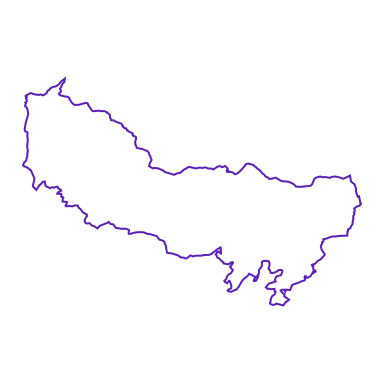 Fildu De Jos, Salaj, Romania
{"feature_id": "2599482B97947706093461", "entity_name": "Fildu De Jos", "entity_type": "district", "adm_level": 2, "iso_a3": "ROU", "parent_name": "Romania", "parent_adm1": "Salaj", "projection": "robinson", "projection_center": [22.992, 46.932], "detail": "fine", "context": "isolated", "style": "outline", "palette": "violet", "viewbox_px": 384, "rotation_deg": 0, "n_neighbors": 0, "source": "geoboundaries", "source_scale": "gbopen_adm2", "svg_char_len": 5956}
<svg xmlns="http://www.w3.org/2000/svg" viewBox="0 0 384 384"><path d="M324.7,254.3L321.6,249.6L320.8,246.0L322.2,243.5L322.0,242.7L322.3,242.0L323.4,241.4L323.5,240.3L323.3,239.2L326.5,238.6L330.3,237.0L333.7,236.4L334.6,236.6L339.4,235.9L347.3,235.6L347.3,233.3L347.7,232.0L347.5,231.6L348.2,230.2L348.1,229.4L350.3,228.2L351.2,226.1L352.7,223.9L352.5,222.5L352.9,221.8L352.7,221.2L352.9,219.9L353.5,218.7L353.2,217.9L353.4,217.2L353.2,216.2L354.4,213.7L353.9,212.5L354.3,212.2L354.8,210.2L354.2,208.5L356.9,206.5L359.8,205.5L360.7,204.3L360.5,204.1L361.0,203.8L360.2,202.1L359.0,196.3L357.7,196.7L356.5,193.1L356.0,191.6L356.1,189.7L355.9,188.2L354.6,184.4L351.0,181.5L350.0,175.6L343.3,178.8L339.4,177.4L335.0,176.5L331.9,176.9L329.9,177.8L324.9,177.0L323.0,177.3L320.7,176.6L319.2,176.7L316.1,177.6L314.3,179.0L312.1,184.3L310.5,185.8L301.1,186.8L296.9,186.7L295.8,186.5L295.3,185.6L293.1,183.8L288.8,181.8L281.4,181.1L276.0,177.8L275.2,177.7L271.3,178.9L269.1,178.9L268.4,177.9L265.2,176.2L264.4,174.9L262.2,173.2L259.7,170.2L256.6,168.0L256.1,167.2L254.7,166.5L253.3,165.0L248.6,163.6L246.8,163.8L245.7,164.3L244.8,166.1L239.7,171.6L236.8,173.8L235.2,174.3L234.5,174.0L233.1,172.6L230.6,171.8L227.9,172.0L227.0,171.7L226.8,171.0L227.8,170.5L227.1,170.0L227.8,169.1L227.7,168.5L225.2,166.0L222.2,167.2L220.8,166.4L219.1,166.1L216.8,167.1L213.4,169.5L211.9,168.7L207.8,168.4L206.5,167.7L204.5,167.4L202.5,168.0L199.9,167.6L195.5,168.4L189.3,166.9L188.8,167.3L187.4,167.4L185.9,168.8L184.3,169.3L180.2,172.8L177.2,173.3L174.1,174.8L164.7,171.9L163.2,170.5L158.2,168.4L154.5,167.9L152.8,168.4L149.1,166.2L149.8,163.1L151.6,160.0L150.7,158.1L150.4,156.4L149.6,155.3L148.7,152.6L148.0,151.7L147.5,151.2L142.8,149.2L136.7,147.8L136.3,146.1L135.3,144.7L135.5,143.8L135.2,143.2L135.2,141.6L136.1,138.8L135.8,136.8L132.9,135.6L132.5,135.0L132.9,133.9L132.7,133.5L127.4,130.7L127.2,130.5L127.5,130.1L126.5,129.4L126.3,128.4L124.5,128.0L123.2,127.1L123.2,126.2L122.3,125.8L121.9,124.3L121.1,123.6L115.8,121.7L113.6,120.3L111.0,120.2L110.6,118.5L110.0,117.5L110.0,115.1L108.4,113.5L107.4,113.1L107.2,112.4L104.4,111.1L101.0,111.1L98.8,110.7L93.0,111.2L92.4,110.9L89.8,107.5L88.2,104.8L87.7,103.3L85.9,102.8L78.8,104.8L74.3,104.9L71.6,102.4L69.3,98.6L69.2,97.9L67.9,96.8L65.1,96.5L60.9,95.5L59.1,94.4L58.9,93.5L60.6,92.0L61.1,91.2L60.0,88.6L60.5,88.2L62.5,83.8L64.4,81.9L64.8,78.6L60.6,82.0L59.6,83.5L57.3,85.5L55.0,86.6L52.8,87.0L50.3,88.3L49.2,90.0L47.8,90.6L46.6,93.1L43.6,95.2L42.4,95.3L40.9,94.4L39.2,94.9L35.8,94.6L32.1,93.6L31.5,93.1L30.2,93.1L27.6,94.8L26.7,94.9L25.6,96.0L26.9,97.2L26.2,97.8L26.3,98.1L25.9,98.6L26.8,99.9L26.6,100.8L26.8,101.2L25.3,102.5L26.0,103.3L25.1,105.4L25.2,106.4L25.8,106.4L27.4,109.0L28.3,113.9L25.6,123.2L24.6,130.0L25.2,131.3L27.2,132.1L27.6,133.2L27.3,135.4L27.8,140.5L27.1,146.5L27.8,150.6L27.6,152.8L27.2,153.4L27.4,154.6L27.1,157.2L26.5,158.3L26.4,160.0L25.2,161.7L24.1,162.5L23.0,165.4L24.1,166.2L27.1,167.5L31.0,170.4L34.5,178.7L32.8,186.3L36.3,189.9L39.7,184.9L41.3,183.7L42.9,181.6L44.5,181.6L44.9,181.6L45.0,183.4L45.7,186.1L50.2,188.2L50.7,187.7L52.3,187.3L54.0,187.7L56.5,186.7L57.8,186.9L58.2,188.4L60.7,189.6L60.1,190.8L60.6,191.0L57.7,192.6L57.2,193.7L61.2,193.9L61.5,194.5L61.2,196.2L61.4,196.9L62.9,197.1L63.4,197.8L62.7,199.2L62.5,201.6L66.9,201.9L66.6,203.8L65.8,205.3L66.4,205.3L66.4,206.3L70.0,206.0L72.2,206.4L74.9,205.4L77.7,205.5L78.4,207.5L80.7,209.3L83.0,212.5L86.8,214.5L87.0,216.1L85.9,217.5L84.8,219.8L84.7,221.7L85.7,223.1L87.1,223.5L89.6,223.2L91.5,225.3L94.6,226.5L97.2,228.4L100.0,225.7L107.3,222.9L108.7,221.9L110.4,224.0L112.5,224.2L113.7,224.8L115.7,227.8L121.3,228.8L126.3,228.8L128.6,229.8L129.0,230.2L128.6,233.4L128.9,233.8L131.1,233.8L132.9,232.9L138.4,232.1L143.6,232.3L147.5,233.9L149.5,234.0L156.7,236.1L159.4,239.6L162.4,240.5L164.6,241.8L164.5,243.2L165.8,245.2L166.3,249.1L167.1,252.8L172.5,253.6L178.1,255.4L180.8,257.4L183.8,257.7L185.8,258.5L186.8,258.3L190.3,255.4L193.1,256.4L195.6,255.7L200.6,255.7L203.1,255.4L203.5,255.0L208.8,254.9L211.0,254.2L217.3,249.3L220.5,247.4L220.8,248.8L221.0,253.5L220.6,253.4L218.8,251.5L217.0,252.2L216.8,252.9L215.7,254.5L216.4,255.3L217.4,257.6L219.0,258.3L221.7,261.2L223.4,262.2L223.4,263.2L223.8,263.5L227.7,264.2L229.5,263.8L230.7,262.5L232.5,262.1L233.0,262.6L232.9,263.3L231.8,264.4L231.6,265.2L230.0,266.6L231.6,268.9L232.5,269.4L232.9,270.2L231.0,273.2L228.5,274.6L226.9,276.7L226.3,278.9L225.6,279.8L224.4,280.5L224.4,281.3L224.9,281.8L227.1,283.2L229.1,280.9L230.0,281.5L231.4,286.1L231.2,287.9L231.1,288.3L228.3,289.7L227.7,290.6L228.0,291.1L229.4,291.5L231.0,291.7L236.4,289.6L239.1,286.2L241.8,281.2L243.7,279.0L247.7,275.8L249.2,273.7L255.7,277.1L254.5,278.6L253.7,280.5L254.4,281.2L256.3,280.6L256.4,279.9L257.8,277.8L257.7,277.2L257.1,276.9L257.2,276.1L258.3,275.6L258.0,274.8L258.5,274.5L259.0,272.4L258.9,270.1L261.8,266.2L262.0,263.7L261.8,262.5L262.2,261.7L262.6,261.3L264.2,260.9L268.2,261.0L268.9,261.5L269.5,263.1L269.5,265.0L268.5,268.8L270.0,270.3L270.4,272.2L270.8,272.9L272.8,273.0L274.9,272.4L277.6,271.1L278.6,270.0L281.7,270.1L282.3,270.6L282.2,271.9L281.0,275.1L276.3,276.5L274.7,280.1L275.6,281.6L268.7,283.7L265.8,287.3L267.6,288.9L268.0,288.6L270.9,289.2L274.4,288.9L274.6,291.1L275.4,291.3L275.5,292.4L274.7,294.2L271.9,296.5L270.6,299.5L270.7,301.4L270.0,302.6L270.0,303.5L270.3,303.9L272.7,304.9L275.2,304.5L276.2,303.6L283.3,305.4L285.9,301.9L287.7,300.9L289.0,299.6L284.3,296.4L284.2,296.0L284.6,294.7L281.8,292.1L280.7,290.4L282.5,289.6L284.1,289.7L285.3,291.7L286.1,289.6L290.0,290.1L291.3,287.4L291.8,285.4L294.1,284.0L297.1,283.3L302.3,281.0L304.6,280.4L305.2,279.1L304.5,277.1L305.0,276.1L305.8,276.2L307.2,277.9L310.4,276.3L312.0,273.9L313.4,273.0L312.8,272.5L312.9,272.1L315.5,271.6L315.1,271.0L315.2,270.5L313.7,270.0L313.3,269.5L313.2,266.7L312.4,266.1L313.2,265.4L312.3,264.7L315.4,263.4L317.3,261.3L320.8,259.2L324.5,255.1L324.7,254.3Z" fill="none" stroke="#5b21b6" stroke-width="2"/></svg>